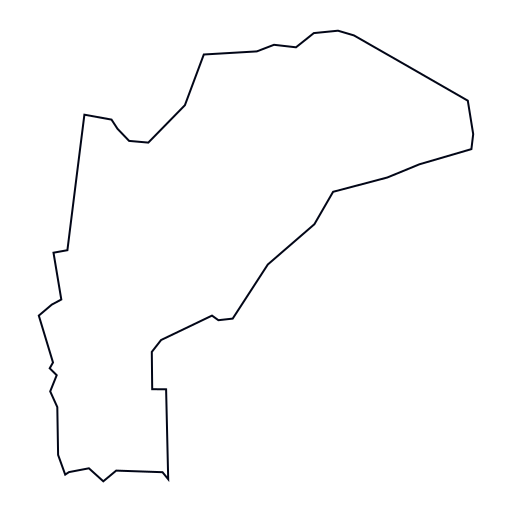 outline of St. John the Baptist, Louisiana, United States of America
{"feature_id": "52423323B25245708603821", "entity_name": "St. John the Baptist", "entity_type": "district", "adm_level": 2, "iso_a3": "USA", "parent_name": "United States of America", "parent_adm1": "Louisiana", "projection": "equal_earth", "projection_center": [-90.507, 30.091], "detail": "fine", "context": "isolated", "style": "outline", "palette": "ink", "viewbox_px": 512, "rotation_deg": 0, "n_neighbors": 0, "source": "geoboundaries", "source_scale": "gbopen_adm2", "svg_char_len": 690}
<svg xmlns="http://www.w3.org/2000/svg" viewBox="0 0 512 512"><path d="M65.2,474.6L69.0,472.1L88.9,468.3L103.3,481.3L116.2,470.6L162.5,472.2L168.2,479.2L166.1,389.3L152.2,389.2L151.8,351.9L161.1,340.0L212.0,315.6L218.4,320.2L232.7,318.6L267.8,264.5L314.4,224.2L333.1,191.8L387.3,177.5L419.4,164.3L471.4,149.1L473.2,134.1L467.8,100.7L400.6,62.1L353.9,35.4L338.0,30.7L313.8,33.1L296.0,47.3L274.0,44.8L256.8,51.4L203.8,54.5L184.9,105.2L148.3,142.6L129.1,140.9L117.5,128.8L111.5,119.6L84.4,114.7L76.9,174.2L67.4,250.2L53.5,252.7L61.3,299.5L51.8,304.6L38.8,315.6L53.0,362.5L49.7,368.3L56.7,375.2L50.2,391.4L57.3,407.1L58.1,454.9L65.2,474.6Z" fill="none" stroke="#020617" stroke-width="2"/></svg>